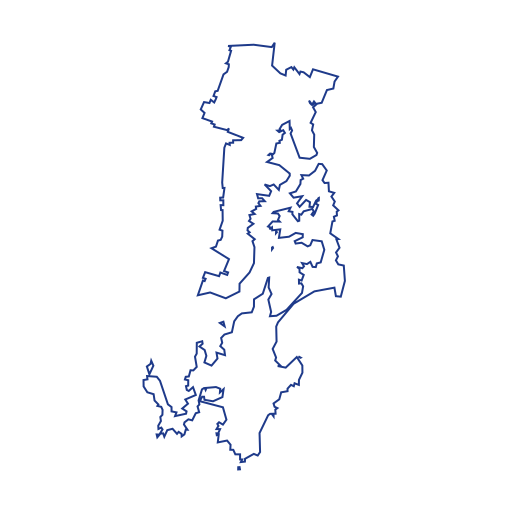 Kingborough, Tasmania, Australia, rotated 9°
{"feature_id": "25037944B97802920285494", "entity_name": "Kingborough", "entity_type": "district", "adm_level": 2, "iso_a3": "AUS", "parent_name": "Australia", "parent_adm1": "Tasmania", "projection": "natural_earth1", "projection_center": [147.285, -43.214], "detail": "fine", "context": "isolated", "style": "outline", "palette": "blue", "viewbox_px": 512, "rotation_deg": 9, "n_neighbors": 0, "source": "geoboundaries", "source_scale": "gbopen_adm2", "svg_char_len": 6130}
<svg xmlns="http://www.w3.org/2000/svg" viewBox="0 0 512 512"><g transform="rotate(9 256 256)"><path d="M195.6,52.9L198.4,53.4L197.6,56.9L199.3,57.2L197.9,68.5L196.2,70.4L199.2,70.9L199.5,73.7L198.6,78.6L195.5,81.7L192.3,98.9L190.0,99.7L189.0,104.6L192.2,105.2L191.8,107.2L190.7,110.9L186.9,108.8L186.1,112.2L180.6,112.1L178.5,119.9L182.8,122.7L181.5,128.2L191.6,130.1L191.1,132.0L194.6,132.6L194.2,134.9L207.9,136.2L209.3,134.2L208.7,137.8L224.8,141.3L223.2,143.9L215.3,145.3L215.7,147.7L212.2,148.3L212.7,150.4L208.8,149.5L207.8,154.0L211.1,188.7L212.5,194.1L214.2,193.7L214.4,203.4L211.5,204.0L212.0,206.6L215.0,206.1L215.8,210.9L213.1,211.3L214.3,216.1L215.8,215.9L217.6,226.4L215.9,235.7L218.9,236.2L219.6,242.2L218.6,245.6L216.0,246.7L215.0,253.0L210.8,255.3L229.8,263.3L226.8,275.9L231.0,276.6L230.5,279.2L223.4,277.9L222.7,281.7L208.3,279.9L207.0,285.9L209.8,286.4L209.2,288.8L207.4,288.5L204.7,303.9L216.4,299.2L232.8,302.5L245.2,293.7L244.1,285.9L252.2,273.3L255.1,263.4L253.1,247.5L250.2,241.9L252.1,239.6L244.3,235.2L246.0,233.6L243.6,232.0L243.5,229.5L248.4,224.6L243.6,222.5L244.8,220.1L243.1,216.6L248.1,214.7L244.7,212.6L248.8,209.5L248.1,207.2L252.6,205.8L250.1,203.4L250.7,201.5L256.1,200.5L253.0,198.0L249.1,198.7L247.3,194.7L259.6,194.5L260.8,189.6L253.3,184.0L258.8,184.8L262.3,182.6L268.2,187.1L268.5,182.0L274.3,177.3L276.8,171.4L276.4,169.3L264.8,162.6L252.2,161.4L257.1,156.6L255.6,153.1L254.0,153.1L253.2,154.4L252.5,154.3L253.9,152.6L255.7,152.6L256.4,153.5L258.0,151.4L258.5,141.7L261.8,140.5L261.1,138.6L263.4,137.1L263.3,132.0L265.3,129.9L263.2,127.5L259.5,130.0L257.6,128.8L260.6,128.1L259.5,126.8L261.3,122.4L268.0,117.4L269.5,125.3L270.5,124.0L272.0,126.4L271.0,129.6L283.7,152.1L294.0,151.6L299.9,146.8L300.3,144.6L296.1,139.3L294.5,127.0L291.6,123.1L291.9,117.1L289.1,115.9L292.5,104.5L289.1,100.2L292.0,96.7L291.2,96.6L289.4,95.2L289.3,96.6L288.3,97.8L287.3,97.9L285.3,96.4L284.1,94.2L287.7,97.8L289.1,94.3L291.4,96.4L296.9,94.4L300.1,81.0L306.2,78.5L306.3,71.4L308.9,66.0L283.1,62.7L281.2,70.9L274.3,67.1L271.0,66.9L270.5,69.5L264.3,63.6L263.7,66.0L261.4,63.9L256.7,67.3L257.0,73.1L251.5,71.8L242.1,65.4L241.1,42.4L238.9,47.2L220.6,47.7L195.6,52.9ZM275.8,225.9L275.8,234.5L285.6,231.8L291.6,227.0L298.8,227.1L299.2,230.2L291.9,235.3L293.2,237.5L299.0,235.8L305.5,238.4L307.9,236.9L309.3,231.4L318.6,231.2L322.5,239.2L320.9,252.2L317.2,253.8L316.8,257.6L313.6,257.9L310.6,253.3L307.6,256.0L302.6,255.8L305.0,258.7L303.7,260.8L298.2,260.4L301.0,261.9L301.6,265.3L306.1,267.2L304.9,273.1L302.1,272.7L302.8,276.5L305.1,275.9L307.3,278.6L307.2,285.3L294.6,304.4L285.6,311.8L279.2,313.3L279.7,308.9L275.0,297.1L277.3,291.1L273.4,285.1L272.4,275.2L271.2,275.8L268.6,292.2L260.8,299.1L261.9,306.4L260.6,312.3L251.0,314.9L247.5,318.3L244.7,323.9L244.1,335.1L237.1,338.5L234.4,342.4L236.2,347.0L234.8,350.6L239.3,353.5L240.9,358.8L232.1,357.6L234.0,363.3L229.2,371.2L221.7,369.2L222.6,362.4L220.0,356.9L214.3,354.2L217.0,351.0L216.2,348.6L211.1,351.0L212.7,361.7L211.5,365.0L214.8,374.8L212.0,378.8L209.2,379.1L208.5,385.5L205.5,386.3L205.1,389.1L208.5,389.3L209.3,394.6L207.2,395.5L208.6,399.1L210.7,399.8L214.3,395.4L218.3,402.7L208.6,408.8L211.9,412.5L207.0,418.2L211.7,420.3L211.6,422.7L201.1,426.8L201.9,422.9L196.9,422.7L196.2,418.4L192.2,416.3L180.7,394.3L176.9,390.8L167.2,391.6L168.1,394.8L164.3,396.1L165.4,402.4L170.0,407.6L176.5,408.5L178.4,414.6L182.8,417.9L182.1,419.5L186.0,419.8L187.8,422.6L188.4,427.5L186.7,430.0L187.9,433.9L186.0,438.9L186.7,442.1L189.3,440.3L190.8,441.9L188.9,446.5L192.0,445.7L193.7,448.8L195.6,441.9L200.6,439.7L205.8,444.0L207.1,441.8L210.3,443.3L210.8,445.8L213.2,443.4L213.8,438.5L215.5,438.3L211.2,433.7L211.4,431.5L214.8,427.9L218.7,428.3L221.1,420.7L224.3,419.2L221.8,413.7L223.3,411.5L221.9,407.6L223.5,396.2L225.3,394.6L237.0,391.7L241.4,392.7L241.7,396.4L244.8,392.6L244.9,400.6L236.3,406.2L227.6,406.1L226.7,403.1L224.8,403.4L223.2,408.2L247.0,410.6L252.4,422.3L249.7,427.7L245.5,426.0L244.1,427.9L245.5,429.7L244.1,433.1L247.6,432.6L246.4,437.1L244.7,437.3L245.3,439.1L247.1,438.2L247.4,446.1L256.3,442.8L260.4,446.4L260.9,451.4L263.9,451.0L266.6,455.1L271.3,454.4L272.1,459.4L274.2,459.1L273.3,461.9L277.2,460.8L276.9,458.0L284.8,451.8L288.9,452.8L290.7,449.0L287.2,430.3L292.9,411.4L294.6,409.7L300.0,408.7L299.1,404.7L300.9,402.9L297.9,402.0L296.4,398.9L301.4,393.9L302.2,386.7L308.3,384.6L307.9,382.1L310.7,377.8L313.7,378.7L314.0,375.7L318.5,376.6L317.8,371.7L320.1,364.0L318.9,356.9L312.1,349.4L302.8,361.6L294.6,361.3L297.6,360.7L291.3,356.2L291.7,353.1L287.0,345.2L289.7,337.3L287.0,322.5L288.1,318.1L300.6,297.3L319.2,281.8L338.4,275.0L341.2,283.2L346.1,282.9L347.7,266.7L344.2,251.7L338.6,251.4L335.6,247.8L337.0,243.5L334.5,240.0L337.2,234.8L332.8,227.0L334.8,226.4L325.8,222.0L326.1,209.9L328.2,208.9L326.8,205.0L329.6,203.3L328.8,199.6L330.3,198.0L324.3,193.9L325.3,189.9L321.2,185.5L323.4,181.4L317.9,180.7L316.1,172.3L312.3,173.2L309.8,170.7L312.5,160.5L307.0,154.9L303.5,155.2L301.0,162.6L295.7,168.2L288.2,169.0L290.5,172.3L288.2,174.0L288.6,177.9L285.3,186.0L279.7,188.8L284.0,192.5L292.3,189.7L288.3,197.6L291.4,200.6L296.7,192.8L300.9,194.4L301.1,199.0L304.7,198.7L306.7,191.9L308.1,190.5L308.7,189.0L309.0,188.8L309.3,191.4L307.3,192.6L307.4,195.2L309.4,195.9L307.3,205.1L306.2,207.3L304.4,206.3L306.1,202.9L304.3,200.7L296.1,204.4L294.3,208.1L292.1,207.8L293.2,214.4L291.9,215.1L285.4,209.1L285.1,206.7L281.3,206.7L282.5,202.9L266.5,209.7L265.7,211.1L271.0,210.6L273.1,212.8L272.1,216.9L274.0,218.3L267.0,219.3L263.3,225.0L266.0,225.6L265.2,227.6L267.3,225.2L268.0,228.1L275.8,225.9ZM165.5,382.2L169.2,389.5L171.8,380.4L168.9,375.8L168.7,379.1L165.5,382.2ZM236.0,330.4L234.1,326.0L230.8,327.8L236.0,330.4ZM188.7,447.5L185.8,447.8L186.9,450.5L188.7,447.5ZM271.8,469.6L273.5,469.2L272.8,467.1L271.5,467.4L271.8,469.6ZM313.6,348.5L315.7,349.6L316.0,349.4L313.6,348.5ZM270.8,246.9L271.6,245.4L271.1,244.6L270.5,245.1L270.8,246.9ZM272.0,228.7L272.2,230.3L272.9,229.2L272.0,228.7ZM226.3,394.7L227.2,396.2L227.4,395.4L226.3,394.7ZM298.2,410.4L297.1,410.3L298.4,411.6L298.2,410.4Z" fill="none" stroke="#1e3a8a" stroke-width="2"/></g></svg>